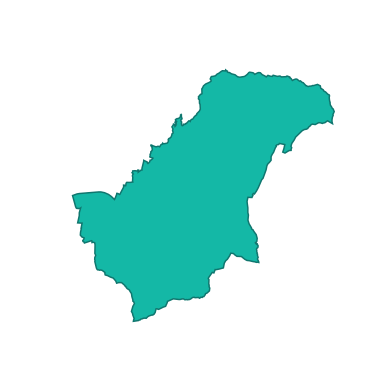 Fieni, Dâmbovita, Romania (Robinson projection), rotated 108°
{"feature_id": "2599482B92838501845888", "entity_name": "Fieni", "entity_type": "district", "adm_level": 2, "iso_a3": "ROU", "parent_name": "Romania", "parent_adm1": "Dâmbovita", "projection": "robinson", "projection_center": [25.406, 45.133], "detail": "fine", "context": "isolated", "style": "filled", "palette": "teal", "viewbox_px": 384, "rotation_deg": 108, "n_neighbors": 0, "source": "geoboundaries", "source_scale": "gbopen_adm2", "svg_char_len": 6009}
<svg xmlns="http://www.w3.org/2000/svg" viewBox="0 0 384 384"><g transform="rotate(108 192 192)"><path d="M333.1,207.8L330.7,203.0L330.1,202.7L329.5,201.6L328.6,201.3L327.7,199.7L327.3,199.6L326.6,198.1L326.2,196.5L324.2,195.5L323.2,194.6L321.2,191.9L321.2,191.3L319.7,190.2L319.0,190.3L318.3,189.8L314.3,190.1L313.9,189.3L314.0,187.7L313.7,187.2L310.3,183.7L308.9,181.8L305.0,181.4L303.6,181.5L299.4,176.8L298.2,170.9L297.6,169.6L296.9,168.6L296.3,167.0L296.7,165.5L295.9,163.7L295.8,162.6L295.4,162.2L295.0,161.1L293.9,160.0L292.2,158.9L291.4,157.4L291.6,156.5L290.3,153.3L290.7,152.2L290.6,151.8L289.6,151.3L289.3,151.0L289.1,149.7L288.3,149.4L287.8,148.4L285.6,147.7L284.5,147.7L283.5,146.5L280.7,144.9L277.9,145.4L276.9,146.4L275.1,147.0L274.4,147.6L270.1,148.8L269.5,149.7L268.5,149.8L262.2,147.9L262.2,146.2L258.6,146.0L258.6,145.5L256.8,142.2L254.5,138.7L249.7,139.3L246.9,138.7L245.1,137.6L241.0,136.5L238.2,136.2L237.7,133.5L238.5,132.0L239.3,129.4L238.1,125.1L239.7,120.9L240.1,118.5L239.6,116.3L239.3,112.3L239.0,110.8L239.0,109.0L238.6,108.4L238.4,106.7L237.4,107.2L235.7,108.9L234.9,109.1L233.8,108.9L231.8,110.3L230.8,110.5L230.2,111.3L229.6,111.3L228.6,112.1L227.6,112.3L226.5,113.0L225.6,113.0L224.9,112.4L223.9,112.2L222.4,112.7L222.2,113.2L221.1,114.0L221.2,114.6L221.6,114.7L220.8,116.0L220.4,116.1L220.0,115.4L218.9,115.1L215.9,115.7L212.7,117.8L210.2,121.2L209.1,122.3L208.8,123.8L207.7,124.4L204.6,127.9L201.5,130.1L196.5,131.2L194.4,132.5L189.8,134.0L184.1,136.7L179.8,137.2L178.7,133.3L176.2,133.0L175.9,133.6L174.4,133.2L174.6,132.0L171.2,131.0L167.3,130.3L158.7,129.5L157.1,128.7L148.0,128.4L143.7,128.9L141.3,128.4L140.3,127.7L137.4,126.6L134.0,127.7L131.5,127.4L129.0,126.7L124.2,126.4L122.5,125.9L121.9,126.4L120.7,125.6L120.3,124.6L119.5,124.0L118.8,123.9L118.2,118.4L122.3,118.0L126.0,118.0L126.2,115.6L122.6,112.5L121.8,110.6L121.1,110.9L119.0,110.9L118.0,112.0L115.0,112.1L110.9,110.9L107.7,110.4L99.6,106.1L97.9,104.5L96.9,102.6L95.9,101.6L94.0,101.0L92.4,99.9L91.1,99.5L90.2,98.4L89.8,95.7L86.9,92.9L86.5,91.1L86.5,89.2L85.8,88.4L85.0,87.0L82.4,85.1L83.6,79.5L81.6,80.7L79.9,81.2L77.3,81.6L75.6,81.4L74.7,81.9L71.6,81.6L69.4,83.4L69.0,84.5L67.5,86.0L66.8,87.1L64.6,88.3L63.9,88.4L63.5,88.9L61.4,90.0L59.4,90.8L58.1,90.9L57.3,91.4L57.0,93.2L55.6,95.8L55.3,97.6L54.2,98.9L54.0,100.1L53.7,100.5L53.7,101.5L51.4,102.8L50.9,105.9L53.2,109.2L53.5,110.3L54.3,111.1L55.2,113.3L55.8,114.0L55.8,115.0L55.5,116.0L55.7,116.4L53.7,120.0L53.7,121.2L52.8,123.2L53.4,123.9L52.3,126.9L52.4,128.0L53.4,129.5L54.9,131.0L53.5,132.8L53.1,134.4L52.7,134.2L52.4,134.6L52.3,137.1L52.4,137.6L53.0,137.8L53.4,138.6L54.9,142.5L54.5,144.2L55.7,146.6L55.9,150.9L57.2,151.3L57.7,153.5L57.6,155.8L59.6,157.0L59.1,158.6L58.7,161.5L57.5,163.8L57.7,165.3L58.5,166.5L60.7,168.7L59.8,170.3L59.8,171.3L60.2,174.1L60.8,174.8L63.1,175.8L65.2,177.2L66.0,178.0L68.1,182.1L68.3,184.3L67.2,187.3L67.4,191.0L66.8,193.2L67.1,194.8L66.8,195.6L66.1,195.7L65.9,196.8L65.5,197.7L66.5,197.6L67.3,200.6L69.0,202.0L70.3,202.8L72.3,204.7L74.2,205.6L75.5,207.7L76.1,209.1L76.6,209.4L78.9,209.6L79.5,208.6L80.5,208.1L82.1,209.1L85.1,212.4L87.6,213.9L89.5,214.1L90.9,214.5L95.4,212.9L95.9,213.2L96.5,214.1L99.5,215.3L100.3,214.8L101.4,214.7L102.1,213.4L105.3,212.3L106.2,211.4L110.6,209.7L112.8,210.0L116.0,211.6L117.1,211.4L118.1,212.2L119.8,213.1L122.3,213.8L122.7,214.1L122.9,214.7L124.4,215.6L125.4,215.5L125.2,216.2L125.3,217.0L128.2,218.4L128.5,218.4L129.0,219.4L129.7,219.4L130.0,219.8L130.2,221.2L131.2,220.9L131.6,221.2L132.0,221.8L131.5,222.6L129.8,223.4L128.7,223.4L127.8,224.6L126.3,224.8L125.6,224.1L125.2,224.2L124.0,225.1L122.7,225.8L122.0,225.8L121.6,226.3L122.3,226.7L123.5,226.3L125.3,226.7L126.6,228.2L126.8,228.9L128.2,230.1L129.1,229.6L130.4,229.6L129.5,228.7L129.6,228.4L130.3,228.4L131.3,229.1L131.5,228.4L132.1,228.0L132.3,228.4L133.4,228.2L133.7,227.9L134.9,228.4L133.4,229.4L133.0,230.1L133.1,230.6L133.9,230.5L136.3,231.2L137.9,229.6L139.6,229.5L140.9,228.5L142.0,228.3L142.9,229.0L144.3,228.8L146.3,228.9L147.0,229.5L147.9,229.7L148.1,230.3L148.6,230.7L149.8,230.8L150.6,230.1L152.3,230.3L153.2,230.7L154.8,233.6L155.0,234.3L154.6,234.9L155.7,235.0L155.9,235.6L156.8,236.2L159.0,236.7L158.9,237.9L159.1,238.6L160.0,239.8L160.2,240.5L160.1,243.8L159.8,244.9L160.1,245.6L160.5,245.5L161.5,244.4L161.6,243.8L162.5,243.6L163.5,243.0L164.8,242.8L166.5,243.6L167.7,243.2L169.2,243.5L169.9,243.1L171.4,243.0L171.8,242.8L171.8,239.7L172.0,239.6L173.1,240.0L174.7,241.2L174.7,241.6L176.6,241.6L178.5,242.7L178.1,243.4L177.3,243.9L176.8,247.7L177.9,247.4L184.8,246.9L186.6,246.4L186.9,247.2L189.7,249.2L187.7,249.6L188.0,250.4L188.9,250.3L189.4,252.9L190.3,254.9L191.4,254.6L192.2,255.0L193.0,253.4L193.4,253.7L195.1,253.7L196.2,252.9L200.0,251.9L200.8,251.4L202.0,253.8L203.0,257.0L204.0,257.4L206.5,257.0L206.8,257.6L206.4,258.4L206.6,259.2L207.9,258.7L208.9,258.6L216.5,259.9L216.7,260.0L216.3,262.2L216.6,263.1L217.1,262.9L220.7,263.1L223.1,263.4L221.2,267.3L220.1,270.7L219.7,275.0L220.1,278.6L220.8,280.8L228.2,298.5L229.4,300.8L232.3,304.5L242.0,298.1L243.1,297.0L243.2,296.2L242.8,295.5L242.9,295.0L242.1,293.4L241.6,293.0L246.5,292.8L249.4,291.9L256.7,291.2L255.6,286.9L260.6,286.3L260.5,286.0L264.6,285.6L267.5,284.9L268.8,282.8L269.0,280.4L270.4,280.3L271.9,280.9L272.4,280.7L272.9,280.0L273.1,278.8L273.7,278.5L269.4,272.6L269.5,272.0L271.0,271.5L270.3,270.3L270.3,268.9L272.1,267.9L280.4,265.4L281.6,264.3L282.2,264.0L284.3,264.2L286.2,263.7L287.0,263.1L288.2,262.9L293.9,259.4L295.0,258.3L295.2,257.7L294.9,257.2L295.0,256.0L294.4,254.7L294.3,253.3L295.4,250.0L296.8,249.5L297.7,248.9L297.6,246.4L298.1,243.4L298.2,240.3L300.2,237.0L302.0,235.5L300.6,233.4L300.5,232.4L300.0,231.5L300.0,230.9L301.5,227.3L302.3,226.4L302.3,225.8L303.1,225.1L303.9,223.8L304.6,221.2L305.5,220.4L307.3,218.2L310.1,216.8L312.9,214.9L314.1,214.5L314.3,213.6L315.9,212.3L318.9,212.9L324.3,212.7L325.9,211.0L327.1,210.4L330.3,207.9L331.7,208.0L333.1,207.8Z" fill="#14b8a6" stroke="#0f766e" stroke-width="1.5"/></g></svg>